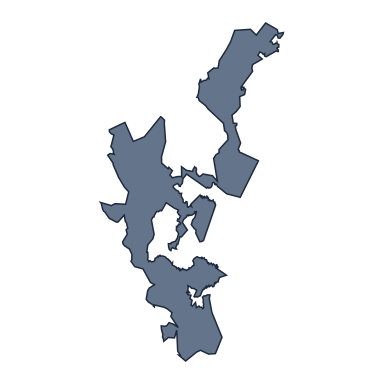 outline of San Carlos Yautepec, Oaxaca, Mexico
{"feature_id": "50627088B30375363427606", "entity_name": "San Carlos Yautepec", "entity_type": "district", "adm_level": 2, "iso_a3": "MEX", "parent_name": "Mexico", "parent_adm1": "Oaxaca", "projection": "equal_earth", "projection_center": [-95.927, 16.423], "detail": "fine", "context": "isolated", "style": "filled", "palette": "slate", "viewbox_px": 384, "rotation_deg": 0, "n_neighbors": 0, "source": "geoboundaries", "source_scale": "gbopen_adm2", "svg_char_len": 6064}
<svg xmlns="http://www.w3.org/2000/svg" viewBox="0 0 384 384"><path d="M265.6,23.0L256.3,35.1L250.4,29.3L234.7,30.4L230.8,41.3L226.5,49.4L219.3,60.6L218.1,68.0L214.4,68.3L213.8,67.9L207.8,72.8L208.9,78.7L207.7,78.2L205.8,80.5L204.0,80.3L201.1,82.2L200.6,78.8L198.9,83.8L199.4,86.6L198.4,93.8L196.9,97.3L198.2,97.5L199.2,100.6L205.7,105.7L208.1,108.9L223.5,123.4L224.6,130.7L226.9,132.8L228.0,136.2L227.7,137.8L228.2,139.5L219.0,149.6L219.1,152.7L215.9,154.8L213.6,158.4L217.4,181.2L212.4,175.7L203.0,174.0L200.1,176.4L198.7,176.3L198.4,175.4L196.8,174.4L196.9,173.6L196.0,171.9L196.5,169.2L196.2,168.1L195.6,167.4L194.5,167.7L194.4,167.2L193.1,169.4L192.7,171.4L186.4,170.3L181.5,166.7L181.7,176.9L180.6,176.4L177.3,176.6L172.4,177.8L169.9,174.9L172.4,170.7L168.8,167.3L168.1,168.8L161.7,163.1L161.5,156.8L165.6,141.7L164.3,123.6L164.5,120.2L161.4,117.1L160.6,116.8L159.4,118.2L144.4,136.8L133.3,141.4L124.9,122.4L109.3,129.8L109.4,131.7L111.1,133.7L113.9,135.1L110.9,146.9L112.5,148.6L113.5,151.3L113.3,152.7L114.2,154.3L110.0,153.5L107.7,155.2L113.2,163.3L113.1,164.5L118.6,177.4L124.5,187.2L128.7,191.8L125.6,204.3L115.0,203.7L111.4,205.6L100.6,202.5L101.3,203.4L102.6,209.0L103.6,211.1L105.0,212.2L109.3,218.4L116.6,222.2L118.1,222.0L124.2,215.1L125.3,221.3L126.4,222.8L127.7,228.2L126.1,229.8L127.3,234.2L122.7,241.7L122.9,243.7L124.5,245.8L129.4,249.0L131.9,254.3L131.8,259.5L131.0,261.3L134.7,266.6L143.0,268.9L150.5,282.5L154.5,284.7L149.3,288.0L147.7,290.6L146.2,299.3L148.2,301.9L153.3,305.1L153.4,306.1L154.4,306.9L154.5,305.0L163.9,307.2L167.0,308.6L171.9,312.6L170.9,316.5L178.2,327.5L173.5,324.2L169.0,322.6L167.2,325.3L165.3,326.3L161.2,325.9L161.5,329.6L162.8,334.2L162.5,337.2L163.4,339.0L163.8,341.3L168.3,337.5L174.5,337.9L176.7,330.2L177.7,351.1L180.3,355.2L178.6,355.1L185.6,361.0L196.7,352.0L200.5,350.3L208.7,354.1L215.4,353.6L222.0,337.3L211.9,312.5L209.3,298.6L209.9,294.8L207.2,294.9L205.7,295.9L203.9,295.9L202.5,297.1L203.2,299.0L203.2,302.8L203.7,304.0L203.3,305.7L203.7,307.4L202.8,308.7L201.5,307.2L200.0,307.3L199.0,306.0L196.4,307.7L195.5,302.5L192.4,306.1L191.1,305.1L192.1,300.3L189.9,298.5L191.0,295.2L188.2,294.8L186.6,292.6L186.9,291.9L188.7,292.9L189.6,292.8L187.7,290.2L188.2,287.6L187.9,285.7L190.6,287.1L191.6,288.3L194.6,288.6L195.4,289.7L196.5,289.9L196.7,290.8L194.0,296.5L194.7,297.1L196.1,296.6L197.2,297.1L200.3,295.6L202.7,289.8L203.3,289.8L204.1,288.3L204.6,288.8L205.2,287.9L206.1,288.0L205.9,286.3L206.8,286.2L207.2,287.3L208.0,286.3L208.6,286.6L209.0,285.5L209.6,286.6L211.6,285.2L212.9,286.8L213.9,286.4L214.6,283.0L215.5,283.7L215.8,283.5L215.7,282.4L218.3,281.8L218.1,281.1L219.5,277.5L226.4,275.2L216.1,268.0L217.7,267.7L217.9,266.7L217.7,266.4L216.7,267.0L217.1,266.0L216.7,264.1L216.4,265.3L215.4,266.2L214.9,265.1L213.3,263.9L212.6,265.1L211.2,263.1L209.1,264.4L208.7,262.6L207.7,263.1L206.5,259.8L204.9,259.6L204.3,257.9L203.0,258.2L202.1,257.4L201.8,258.5L200.9,257.7L199.5,257.8L196.9,256.7L194.0,258.7L192.8,260.9L193.9,262.8L193.9,265.4L192.8,265.7L190.8,267.9L189.0,267.8L188.9,269.5L187.1,269.6L186.3,270.5L184.8,269.4L184.1,269.8L183.2,269.4L183.0,268.5L182.4,268.4L181.8,269.6L181.0,269.5L180.7,270.4L179.9,270.7L179.0,269.6L179.9,269.3L179.7,268.5L179.2,268.7L178.2,267.7L176.9,268.6L176.0,266.9L172.3,265.1L172.5,262.7L171.8,263.6L169.4,260.3L168.9,260.4L168.0,259.0L166.5,258.5L165.8,257.2L162.5,255.9L160.5,256.2L160.2,255.3L159.3,255.4L158.4,257.0L157.6,256.3L156.5,257.8L155.0,258.3L155.0,259.7L154.0,261.4L151.3,261.8L150.1,260.7L148.7,261.5L148.7,260.8L147.5,259.5L148.0,257.7L147.8,252.5L147.4,251.8L146.6,252.9L147.9,244.7L152.9,238.7L154.1,234.2L151.4,220.0L152.9,217.1L153.9,217.0L154.5,215.0L156.6,211.5L158.7,211.7L159.5,210.5L160.5,210.7L160.8,210.3L161.6,210.8L166.2,202.7L174.4,208.2L178.6,210.1L177.4,212.1L178.9,214.7L180.5,215.9L179.1,219.0L177.8,218.9L177.3,220.9L179.4,221.9L180.6,223.6L179.6,224.6L178.9,224.1L177.7,225.7L177.5,226.8L176.5,226.5L176.4,230.6L177.6,231.6L178.5,234.0L177.2,238.3L175.5,241.2L171.2,242.7L171.1,243.6L168.4,243.7L168.6,247.0L169.4,249.6L170.9,250.6L171.3,248.9L172.5,247.5L174.7,248.8L176.5,249.0L175.6,247.1L176.6,245.7L176.9,244.2L177.8,244.3L180.0,236.6L181.5,236.9L187.4,230.0L182.3,222.3L183.7,219.4L186.5,216.9L186.4,216.4L187.2,215.5L187.9,215.8L188.2,214.8L189.1,214.9L189.2,215.5L191.9,215.1L194.5,213.3L194.9,211.7L196.4,211.8L194.9,217.4L192.7,220.0L191.3,224.7L194.5,228.9L195.7,229.5L196.1,231.5L195.7,233.0L199.8,241.7L201.8,241.5L203.5,240.5L215.6,205.2L215.2,203.6L214.5,203.2L214.8,202.2L213.2,201.6L213.2,200.1L210.9,200.9L210.6,200.3L209.5,200.7L209.3,199.8L208.3,199.9L208.5,198.0L207.0,197.8L207.5,196.8L206.9,196.2L206.5,197.2L205.7,197.1L205.0,197.9L204.5,196.7L204.1,197.2L203.9,196.9L203.0,198.2L202.0,197.8L202.5,196.8L202.4,196.2L201.4,195.8L200.9,196.6L200.1,195.0L190.7,204.4L191.6,206.7L190.1,205.8L188.4,207.3L187.5,207.0L187.1,202.0L186.0,201.6L185.5,203.0L184.9,203.2L183.1,202.0L183.1,199.6L181.1,196.0L181.6,193.3L179.1,193.5L178.7,191.7L178.0,190.9L175.9,190.0L173.1,187.1L173.5,185.6L177.2,183.5L178.7,184.7L179.3,186.3L180.3,186.4L180.2,185.9L182.4,183.1L182.9,178.9L186.6,174.1L206.7,188.2L207.8,187.2L208.8,188.1L210.6,187.7L211.7,186.3L212.6,182.8L213.5,182.3L214.5,183.1L214.7,184.3L215.3,184.7L215.7,184.1L216.6,184.4L217.4,186.2L226.7,193.8L240.2,197.3L258.4,160.8L239.2,151.9L239.3,150.8L238.2,149.3L240.6,143.1L236.1,130.4L235.4,127.3L235.4,125.8L236.5,125.6L236.9,124.2L236.7,123.4L233.3,123.2L232.0,115.1L236.4,111.4L240.1,106.6L239.7,96.6L244.6,94.5L245.6,89.3L244.4,88.6L243.9,87.4L243.2,88.1L243.2,89.8L241.8,90.2L240.9,88.2L242.4,87.0L241.3,86.7L252.6,71.3L251.9,68.1L252.5,64.6L262.2,59.0L257.9,55.3L260.0,51.9L262.1,53.0L263.3,54.5L264.7,53.6L264.7,56.1L266.2,56.7L276.1,51.0L278.2,51.6L278.4,50.2L276.9,48.4L277.0,47.8L278.8,47.1L278.8,44.5L277.4,43.9L277.0,42.4L276.7,43.4L275.7,43.1L274.0,44.4L273.1,44.3L271.9,42.0L270.1,41.7L275.7,34.6L277.0,35.1L278.2,38.0L280.0,38.2L283.1,34.2L283.4,32.5L278.2,33.5L277.2,29.6L265.6,23.0Z" fill="#64748b" stroke="#1e293b" stroke-width="1.5"/></svg>